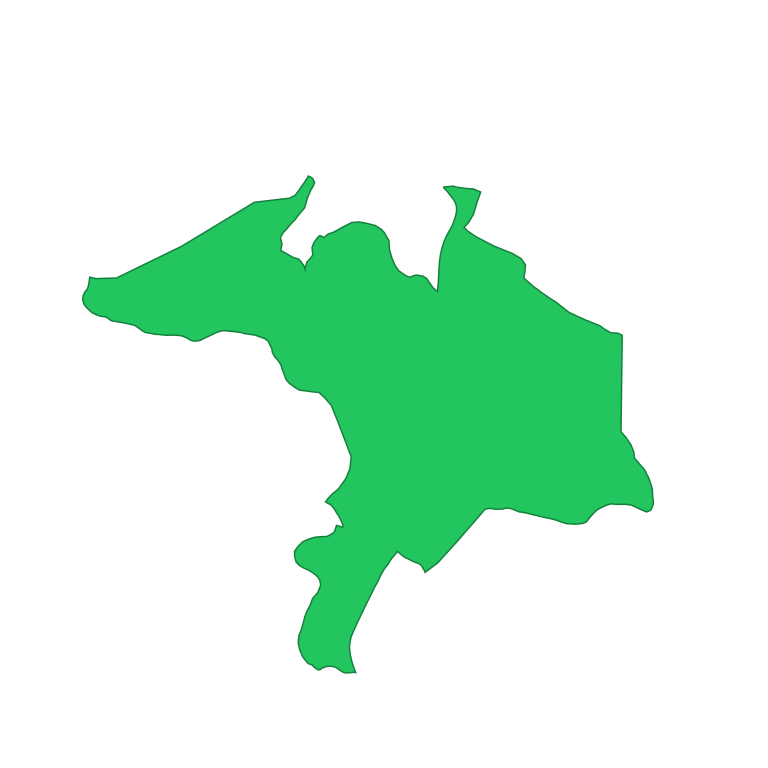 the district of Bois D'Orange, Gros Islet, Saint Lucia, rotated 325°
{"feature_id": "8701671B67132891165103", "entity_name": "Bois D'Orange", "entity_type": "district", "adm_level": 2, "iso_a3": "LCA", "parent_name": "Saint Lucia", "parent_adm1": "Gros Islet", "projection": "natural_earth1", "projection_center": [-60.96, 14.059], "detail": "fine", "context": "isolated", "style": "filled", "palette": "green", "viewbox_px": 768, "rotation_deg": 325, "n_neighbors": 0, "source": "geoboundaries", "source_scale": "gbopen_adm2", "svg_char_len": 6171}
<svg xmlns="http://www.w3.org/2000/svg" viewBox="0 0 768 768"><g transform="rotate(325 384 384)"><path d="M571.1,413.8L570.0,411.2L568.5,407.6L568.1,406.1L567.3,404.5L566.4,401.6L565.6,399.7L564.7,396.7L563.6,393.4L562.6,390.8L561.3,385.8L560.5,382.3L560.0,380.3L559.4,377.2L563.5,373.2L568.2,367.7L568.2,359.9L563.9,350.5L553.1,333.9L543.6,315.7L540.3,306.8L539.4,301.6L545.3,300.5L554.8,296.2L563.4,289.3L571.2,283.7L573.3,282.2L569.1,275.5L562.3,270.0L556.1,264.1L554.2,261.6L550.2,259.4L546.0,256.9L545.5,257.6L546.1,261.7L546.3,263.0L546.5,267.4L546.7,272.9L546.3,277.0L544.7,281.0L541.9,284.8L538.6,287.8L534.4,290.9L530.1,293.7L525.0,296.2L520.2,298.5L515.0,301.7L509.4,305.9L504.3,310.6L499.4,315.9L495.1,321.2L486.3,332.5L481.1,338.6L480.8,339.0L479.4,333.5L479.4,321.8L477.6,317.7L472.8,313.1L465.9,311.1L463.7,307.0L461.1,299.9L461.1,292.8L462.8,285.1L465.4,277.5L470.2,269.4L471.1,260.7L470.7,256.1L467.6,249.0L461.5,241.9L456.3,236.8L450.2,233.2L439.4,231.7L434.1,231.2L429.8,230.7L424.1,229.1L418.9,229.6L416.7,225.6L413.5,226.0L407.4,228.1L403.3,231.0L401.4,234.3L399.9,237.3L397.2,238.4L393.5,239.3L390.8,239.9L388.1,242.1L385.1,244.9L386.2,241.5L386.2,238.6L386.2,235.6L385.7,232.7L384.2,230.8L382.0,228.0L380.1,223.9L378.2,219.7L376.0,215.5L378.2,213.2L380.5,211.1L382.0,207.5L383.1,204.6L388.0,202.3L394.0,201.0L399.6,199.4L405.8,198.3L410.0,196.8L420.1,194.1L428.6,187.2L431.5,185.5L435.3,183.2L439.8,181.1L442.9,179.0L443.4,174.4L442.3,171.8L441.1,170.2L439.8,171.1L436.3,172.4L433.7,173.5L430.0,174.8L425.7,176.5L422.3,177.5L420.3,178.2L419.4,178.5L413.0,177.5L382.1,160.8L297.1,155.1L225.5,143.7L208.5,132.4L204.2,127.7L201.1,131.1L197.6,134.6L195.4,136.1L192.1,136.9L188.8,138.7L185.7,141.7L184.0,146.5L184.2,150.5L184.8,154.2L185.9,158.3L187.7,161.7L189.5,164.3L190.4,165.6L194.0,169.0L195.5,171.3L196.8,175.5L199.3,178.2L205.1,183.8L208.7,187.7L213.4,192.9L214.5,195.8L215.6,198.7L216.8,202.5L218.2,205.1L221.0,207.8L222.6,209.3L224.0,211.0L224.9,211.9L227.7,214.1L234.1,219.6L237.2,221.6L239.5,223.1L241.9,225.0L243.3,226.2L244.4,227.0L246.7,229.5L249.3,233.8L250.7,237.3L252.0,238.8L252.9,239.8L253.6,240.3L254.6,241.0L258.4,242.8L262.7,243.4L268.1,244.4L268.7,244.5L275.8,245.6L278.3,246.4L280.4,246.9L281.5,247.3L284.9,249.6L292.5,256.1L294.3,257.8L291.3,255.2L296.6,259.9L298.3,262.3L306.9,270.5L307.9,272.0L308.2,272.7L309.9,274.7L310.3,275.7L311.8,277.4L312.5,278.6L312.8,280.1L313.5,281.9L313.7,283.1L313.1,285.4L312.5,290.1L310.6,294.5L310.1,299.6L310.7,304.2L310.6,308.3L310.7,309.0L309.3,312.5L308.4,316.5L306.4,323.9L306.6,327.1L306.8,328.6L307.0,329.6L307.9,332.3L309.6,337.1L311.3,340.6L313.0,342.2L315.5,344.3L320.9,349.4L325.8,353.5L327.5,361.1L328.6,371.1L324.9,387.2L318.5,412.7L315.3,425.1L307.4,433.8L298.9,439.4L286.7,443.8L278.7,444.4L272.9,445.6L268.5,447.0L269.5,449.3L269.7,449.7L270.3,450.9L271.2,452.8L271.3,453.5L271.5,456.1L271.6,458.1L271.2,463.8L271.3,466.2L270.3,472.2L270.0,473.7L269.1,476.7L268.0,477.6L266.4,475.6L266.0,475.0L264.7,473.2L263.9,472.7L259.3,476.2L257.0,477.0L249.8,476.2L243.0,471.8L239.2,469.8L233.1,467.8L226.6,466.6L220.2,467.8L214.7,469.8L212.0,473.8L209.9,479.4L210.6,484.1L213.0,489.3L215.7,493.7L217.8,498.9L219.1,504.1L218.8,508.1L216.7,512.5L210.3,516.8L202.4,518.8L197.3,522.4L190.5,526.0L185.7,529.2L179.6,534.4L174.5,538.4L170.1,541.2L165.3,546.8L162.6,553.1L160.9,561.1L161.5,569.5L163.9,572.7L164.6,576.7L166.0,580.3L167.7,581.4L170.4,581.2L175.1,582.5L179.1,585.1L181.2,587.3L182.4,589.5L183.3,591.9L183.9,593.5L184.5,595.2L185.6,597.2L186.4,598.3L188.6,599.8L191.2,601.4L193.8,602.6L195.2,604.2L196.2,600.6L196.5,599.3L198.3,593.3L201.3,586.0L204.8,579.6L208.3,575.8L212.1,572.2L215.6,570.0L225.3,564.2L233.0,559.9L235.4,558.5L244.2,553.6L251.7,549.6L255.1,547.6L259.9,545.0L262.8,543.7L268.9,540.4L272.5,538.3L276.7,536.4L275.5,537.0L277.9,535.8L280.2,535.0L283.1,534.3L284.8,533.6L287.5,532.3L291.1,531.1L295.3,529.9L295.8,529.8L299.0,528.9L299.5,531.1L299.8,531.9L300.4,534.2L301.1,536.6L302.0,538.6L303.9,541.9L305.3,544.6L306.2,546.1L309.0,550.4L310.1,552.4L310.5,554.0L310.5,555.3L310.3,556.5L310.1,558.7L310.1,560.3L309.6,561.9L325.6,561.3L352.1,555.3L385.8,546.9L394.9,544.5L399.1,546.4L401.7,548.8L403.7,550.7L404.5,551.4L404.9,551.5L409.8,554.7L411.5,555.2L412.6,555.6L413.9,556.4L414.8,557.3L416.0,558.4L416.5,558.8L418.1,561.1L418.7,562.0L419.5,563.4L420.4,564.7L421.1,565.9L423.3,568.0L424.0,568.7L424.8,569.6L425.6,570.3L426.9,571.6L428.3,573.3L428.7,573.8L429.2,574.3L429.7,574.9L430.2,575.4L430.7,576.2L431.5,577.1L432.5,578.1L433.8,579.3L434.1,579.7L434.4,580.3L435.2,581.2L435.6,581.7L435.9,582.2L436.8,582.8L437.0,583.1L437.5,583.7L437.9,584.2L438.3,584.7L439.2,585.6L439.9,586.4L440.7,587.3L441.0,587.5L441.3,587.8L442.1,588.7L443.2,589.9L444.0,590.9L444.6,591.5L446.1,593.2L446.6,593.8L447.1,594.5L448.2,596.1L449.2,597.5L449.8,598.4L450.5,599.5L451.1,600.1L451.4,600.4L453.7,603.3L460.1,608.4L466.0,611.8L467.9,612.5L469.9,612.9L470.8,613.0L472.1,612.7L473.0,612.3L474.5,611.8L476.5,611.2L482.6,609.9L486.1,609.4L487.9,609.5L491.6,609.9L492.3,610.1L493.0,610.2L494.0,610.4L495.6,610.7L496.5,610.9L496.8,610.9L497.3,611.0L501.1,612.4L501.6,612.7L505.4,615.9L510.2,619.3L511.8,620.3L512.5,620.8L516.5,624.4L514.8,622.6L517.0,624.9L517.8,626.2L521.5,632.5L522.1,633.8L522.9,634.8L523.2,635.2L524.4,637.4L525.7,639.4L527.2,639.8L529.5,640.3L530.5,640.2L535.1,637.4L536.6,635.8L537.6,634.1L539.0,631.5L539.6,630.1L540.9,628.3L541.8,626.6L543.2,624.6L544.4,621.5L545.6,617.7L546.3,615.3L547.1,611.8L547.5,608.5L548.0,606.1L548.2,603.5L548.0,600.7L547.7,598.6L547.3,594.8L547.1,591.8L546.8,589.2L546.6,588.3L548.9,584.4L549.8,582.2L551.0,577.0L551.4,575.5L551.4,573.6L551.5,570.8L551.6,568.2L551.5,565.8L551.2,563.2L550.8,559.0L607.1,480.7L604.8,476.6L599.0,472.0L598.5,470.7L597.8,469.2L597.3,468.2L596.2,465.7L595.5,463.7L594.8,461.6L594.3,460.3L593.5,458.8L592.6,457.6L591.7,456.3L591.1,455.3L590.5,454.2L588.9,452.1L588.0,450.4L586.9,448.9L585.3,446.4L583.9,443.8L582.0,440.9L579.0,435.4L576.9,432.0L576.2,430.1L575.6,428.1L575.0,426.4L574.6,424.5L573.7,422.0L572.6,417.9L572.0,416.0L571.1,413.8Z" fill="#22c55e" stroke="#15803d" stroke-width="1.5"/></g></svg>